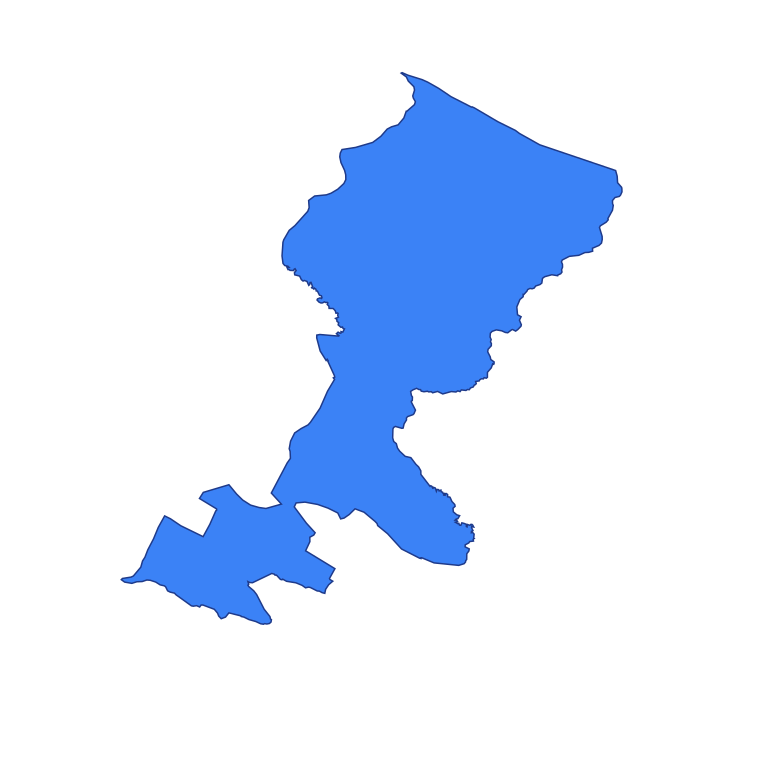 outline of Kibaha, Pwani, United Republic of Tanzania, rotated 119°
{"feature_id": "72390352B76192804660906", "entity_name": "Kibaha", "entity_type": "district", "adm_level": 2, "iso_a3": "TZA", "parent_name": "United Republic of Tanzania", "parent_adm1": "Pwani", "projection": "natural_earth1", "projection_center": [38.677, -6.806], "detail": "fine", "context": "isolated", "style": "filled", "palette": "blue", "viewbox_px": 768, "rotation_deg": 119, "n_neighbors": 0, "source": "geoboundaries", "source_scale": "gbopen_adm2", "svg_char_len": 6144}
<svg xmlns="http://www.w3.org/2000/svg" viewBox="0 0 768 768"><g transform="rotate(119 384 384)"><path d="M103.8,519.7L104.6,513.3L107.3,509.6L109.5,502.0L112.1,499.8L118.1,498.5L119.7,497.0L121.9,493.4L124.9,492.8L134.3,496.2L134.6,496.8L141.7,495.6L150.5,497.3L155.4,502.1L159.5,504.8L168.8,506.8L178.2,511.0L190.9,523.6L199.3,534.4L203.2,534.2L206.8,532.8L211.2,529.0L216.3,522.0L219.6,518.9L223.7,516.5L228.1,516.3L236.1,518.9L242.8,522.8L246.5,526.1L253.2,535.8L260.0,538.9L266.0,535.0L269.9,534.4L288.7,538.7L295.6,541.4L306.5,541.6L309.0,541.1L321.4,535.3L327.5,530.8L328.5,528.3L327.6,525.2L328.4,524.7L327.8,524.4L328.0,523.7L328.7,525.0L328.7,525.8L330.5,523.4L329.9,522.5L330.2,521.3L328.5,517.9L327.4,518.3L326.3,517.7L327.4,515.8L330.1,516.3L331.8,515.0L330.5,510.1L332.8,506.9L333.2,504.7L332.1,503.9L331.6,501.1L334.2,497.6L333.0,497.2L331.1,497.9L330.5,497.1L333.6,493.5L335.3,494.4L334.6,493.4L335.0,491.4L333.9,491.4L334.1,489.5L335.5,488.4L335.0,487.3L337.6,483.5L337.2,481.5L338.6,480.1L339.5,480.1L339.7,481.7L341.8,483.4L343.0,483.3L343.9,480.5L343.7,478.4L342.8,477.0L341.1,476.0L341.0,474.5L340.1,473.2L340.3,472.4L342.0,472.2L342.6,470.0L344.5,468.7L342.6,465.0L343.6,462.1L345.4,460.3L344.4,459.1L344.5,458.4L346.4,457.8L347.7,456.2L350.1,458.2L350.4,456.6L352.0,455.5L352.3,453.4L354.5,452.8L355.3,449.2L354.3,447.9L355.3,446.7L355.0,445.3L358.6,445.2L359.0,447.0L360.2,446.3L360.9,446.9L360.9,449.3L363.1,450.0L363.6,446.8L364.1,446.9L371.8,464.1L373.8,466.5L376.3,465.2L386.1,455.8L391.5,446.0L389.9,445.7L390.8,444.0L391.3,444.2L400.6,431.6L401.9,430.4L403.2,431.3L403.9,429.5L417.7,429.9L436.1,428.2L453.2,429.8L456.6,430.6L463.2,434.9L470.1,438.4L479.3,438.0L486.6,435.5L488.5,433.4L494.4,429.8L499.9,430.4L534.0,429.7L538.8,415.5L550.1,426.9L552.6,433.4L554.6,442.0L554.0,451.3L551.7,459.6L547.3,470.8L566.4,489.5L573.6,489.9L574.4,469.9L575.4,469.2L576.6,469.6L591.2,468.3L605.2,468.2L606.5,493.0L605.4,505.4L605.7,511.9L618.9,511.9L631.1,510.5L643.5,510.2L651.4,509.1L655.8,509.4L662.1,507.9L673.4,510.1L675.5,511.6L680.9,518.5L682.5,518.9L683.0,514.8L680.6,507.9L676.8,504.3L674.0,499.7L670.4,496.4L669.0,493.3L667.9,487.7L668.2,482.4L667.0,478.2L667.3,476.6L669.8,473.0L669.7,470.2L668.5,465.8L669.2,463.7L671.4,444.9L670.8,443.1L668.7,440.4L668.4,437.1L666.0,436.8L665.1,435.2L663.3,423.2L665.1,418.5L667.1,416.1L668.2,412.6L664.7,409.6L659.4,408.7L656.2,396.8L656.6,396.2L655.8,393.6L655.5,387.9L653.9,381.0L653.5,375.6L652.5,372.9L651.5,372.3L650.7,370.1L649.0,368.1L647.0,367.4L644.7,368.2L644.6,369.3L642.7,371.0L639.1,379.6L629.9,393.3L628.0,397.7L626.7,404.2L625.9,405.5L624.8,405.2L622.8,407.2L622.7,405.2L621.6,402.7L604.1,390.3L603.5,387.6L604.0,386.7L603.3,385.3L605.1,379.9L604.7,378.3L603.8,378.0L603.8,373.6L600.6,364.7L599.8,358.1L600.3,353.8L598.3,351.6L597.7,349.9L597.4,342.1L596.5,340.1L596.5,337.0L595.8,334.3L591.9,335.5L586.4,335.1L581.3,333.2L581.2,336.6L580.5,337.4L569.3,337.4L567.9,371.7L557.8,372.4L554.0,374.6L550.2,372.2L547.5,372.1L543.3,384.5L535.0,402.9L530.6,403.2L525.6,395.8L521.5,383.6L519.7,372.8L519.2,361.9L523.0,356.5L520.6,353.9L514.9,351.1L507.2,348.8L505.8,339.3L508.5,325.3L509.4,322.4L510.9,320.9L513.2,308.3L519.8,288.7L519.1,268.4L518.7,267.1L518.2,267.5L517.7,266.9L516.2,253.5L506.4,230.7L502.3,226.8L500.1,226.4L499.0,226.9L497.4,226.6L492.3,229.3L488.9,228.8L486.9,229.5L487.1,234.1L485.3,235.0L481.9,232.8L480.3,232.7L478.0,229.6L476.7,230.7L475.4,230.2L475.4,230.8L471.6,232.4L470.8,234.7L471.7,235.5L470.4,236.1L469.1,235.1L467.2,237.8L466.3,238.2L465.6,236.2L464.4,238.0L464.2,238.9L464.9,239.3L464.6,239.9L466.0,240.5L466.4,242.9L468.7,242.1L468.7,242.9L466.8,243.9L467.1,246.4L467.7,248.6L470.3,248.3L470.8,249.6L469.6,251.0L470.4,251.7L470.3,254.5L468.7,252.9L467.9,254.4L468.6,255.8L467.1,255.4L466.0,254.1L462.5,254.0L463.1,256.9L462.2,261.4L459.2,263.4L456.5,262.5L455.1,263.7L453.8,267.7L451.3,271.0L451.0,271.6L451.8,273.7L449.8,274.8L449.6,276.5L450.1,277.2L451.7,276.6L452.2,277.9L450.6,278.4L451.1,279.2L450.2,280.3L450.5,281.7L449.2,282.8L450.8,283.9L449.9,285.0L450.5,286.5L452.4,286.2L450.1,288.7L450.3,290.1L451.0,290.4L450.6,291.1L451.3,291.2L450.3,292.6L450.3,293.8L451.2,294.1L445.2,307.9L442.1,309.7L439.7,313.6L438.8,317.1L435.4,324.8L437.0,330.4L435.2,337.6L433.5,341.1L430.2,344.3L429.6,347.6L426.9,350.3L419.0,354.4L417.3,354.5L415.6,353.5L414.1,346.9L413.3,345.9L409.1,347.1L404.5,346.9L402.9,347.9L401.1,347.6L396.8,343.8L395.4,343.4L391.6,343.8L386.5,351.4L385.7,351.8L384.8,351.2L381.6,352.8L380.8,354.4L377.6,357.1L375.0,355.8L372.0,353.4L371.9,350.7L371.2,349.3L372.2,348.0L371.4,345.3L369.3,342.5L369.2,341.0L367.8,338.9L368.1,337.2L364.5,333.5L364.2,327.8L358.0,321.5L356.1,317.2L354.2,316.1L353.8,313.8L351.7,313.5L349.9,309.2L348.4,308.4L347.6,306.6L345.6,306.5L343.3,304.5L341.1,304.5L340.2,303.7L338.9,303.5L337.4,305.1L335.1,302.2L333.8,302.3L332.2,301.3L331.3,299.5L329.9,299.5L329.3,297.3L328.0,296.8L323.6,299.2L317.9,298.0L313.6,298.7L313.6,297.6L312.9,297.6L311.3,298.4L310.8,302.5L308.7,304.3L305.6,308.9L303.2,309.8L298.5,308.7L296.4,309.8L295.6,311.3L293.2,311.8L291.5,314.0L288.0,315.6L285.6,315.0L282.2,312.0L280.4,306.8L280.1,302.9L279.2,300.6L274.6,298.6L274.0,297.9L273.9,294.5L271.6,293.4L267.1,292.2L265.6,292.6L262.5,296.5L258.7,296.7L258.7,300.8L252.2,305.2L244.2,306.1L240.2,304.6L238.2,305.7L238.1,305.1L233.5,304.0L231.7,304.1L229.7,302.7L228.9,300.6L227.4,299.2L224.7,298.8L221.4,295.8L219.2,294.9L214.8,296.6L212.3,295.5L207.1,290.2L205.1,284.6L204.4,284.8L201.9,282.9L199.8,282.6L198.0,284.1L195.2,284.5L192.7,286.0L191.2,288.0L189.1,288.2L182.5,283.8L177.0,276.0L171.6,272.0L169.6,268.8L166.7,265.9L164.2,267.5L158.5,263.1L155.3,262.1L151.8,263.2L149.1,264.8L142.7,271.4L140.8,271.5L134.7,268.1L131.7,267.5L130.7,268.4L121.3,268.4L116.6,270.1L115.5,271.5L112.8,273.1L108.9,272.4L105.8,269.1L104.1,268.7L100.6,269.0L97.9,270.6L96.8,271.5L94.7,277.3L89.2,280.8L85.0,284.9L99.3,363.8L99.2,387.0L98.5,392.0L99.4,411.7L98.7,438.8L98.9,441.3L99.4,441.7L100.2,464.7L98.9,479.6L98.8,492.2L99.3,498.2L102.3,512.8L102.9,519.1L103.8,519.7Z" fill="#3b82f6" stroke="#1e3a8a" stroke-width="1.5"/></g></svg>